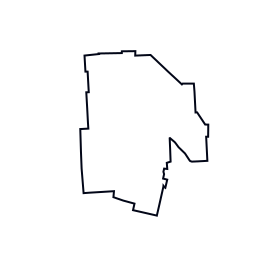 the district of San Vicente, Buenos Aires, Argentina, rotated 134°
{"feature_id": "61730980B97946268235834", "entity_name": "San Vicente", "entity_type": "district", "adm_level": 2, "iso_a3": "ARG", "parent_name": "Argentina", "parent_adm1": "Buenos Aires", "projection": "mercator", "projection_center": [-58.438, -35.081], "detail": "fine", "context": "isolated", "style": "outline", "palette": "ink", "viewbox_px": 256, "rotation_deg": 134, "n_neighbors": 0, "source": "geoboundaries", "source_scale": "gbopen_adm2", "svg_char_len": 1009}
<svg xmlns="http://www.w3.org/2000/svg" viewBox="0 0 256 256"><g transform="rotate(134 128 128)"><path d="M117.0,197.8L115.5,196.2L124.6,186.4L129.5,181.1L131.3,182.8L142.3,170.9L152.0,160.5L156.0,156.1L161.9,161.6L177.9,145.2L189.3,133.3L205.7,114.7L201.1,110.6L193.7,103.8L183.2,94.2L187.9,90.4L183.5,81.0L177.9,70.8L183.6,67.3L177.3,56.9L171.2,46.8L171.0,46.4L163.0,51.2L145.6,61.8L145.0,62.3L145.3,60.6L145.1,59.6L137.9,63.9L140.0,67.6L136.1,70.0L134.9,72.1L132.1,73.8L130.2,71.3L126.1,75.9L122.6,74.0L114.6,82.3L106.4,90.9L106.1,90.8L105.7,84.7L105.8,83.7L105.9,82.9L106.6,78.8L106.7,78.2L106.7,69.4L106.8,68.9L108.5,61.3L108.6,60.6L108.5,60.1L108.2,59.6L108.0,59.0L107.6,58.5L103.6,54.7L96.5,48.1L87.4,57.8L80.0,65.7L78.6,64.3L69.8,72.6L71.9,74.9L68.8,89.0L68.8,89.3L69.9,90.2L55.7,105.4L50.3,111.5L58.1,119.5L59.2,119.5L59.6,138.6L59.7,150.3L59.8,162.5L70.9,173.1L67.6,176.1L77.1,185.7L78.4,184.5L94.7,200.8L95.0,200.3L106.1,209.6L117.0,197.8Z" fill="none" stroke="#020617" stroke-width="2"/></g></svg>